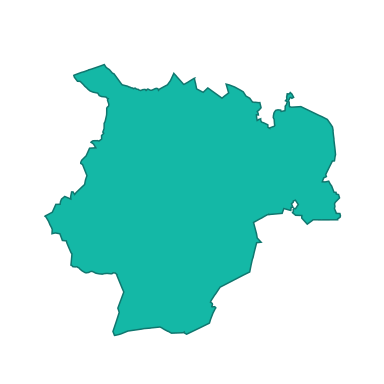 Lauberes pag., Ogre, Latvia, rotated 171°
{"feature_id": "27541924B63076675035337", "entity_name": "Lauberes pag.", "entity_type": "district", "adm_level": 2, "iso_a3": "LVA", "parent_name": "Latvia", "parent_adm1": "Ogre", "projection": "albers", "projection_center": [25.005, 56.837], "detail": "fine", "context": "isolated", "style": "filled", "palette": "teal", "viewbox_px": 384, "rotation_deg": 171, "n_neighbors": 0, "source": "geoboundaries", "source_scale": "gbopen_adm2", "svg_char_len": 5718}
<svg xmlns="http://www.w3.org/2000/svg" viewBox="0 0 384 384"><g transform="rotate(171 192 192)"><path d="M217.5,53.0L203.9,57.1L195.3,59.8L194.6,61.2L193.6,63.3L190.3,69.0L187.2,73.3L186.6,73.8L186.7,74.2L187.6,75.2L190.1,75.4L190.4,75.7L190.1,76.4L189.7,77.0L189.4,77.6L189.4,78.6L189.8,79.2L191.0,80.3L190.4,81.3L189.8,82.1L185.9,86.5L184.5,87.8L181.5,91.1L179.7,93.0L179.4,93.4L179.2,93.6L154.6,101.8L147.5,104.0L145.2,110.3L143.0,115.9L141.9,117.9L140.1,122.5L136.1,131.8L131.6,131.6L134.8,136.4L134.8,140.5L135.7,149.3L135.8,150.3L136.0,152.3L129.5,154.7L127.0,155.5L125.1,156.3L121.3,157.7L120.9,157.8L119.7,157.6L119.7,157.9L119.6,158.0L119.4,157.7L109.2,157.0L106.3,156.8L103.9,161.3L97.3,158.3L96.5,161.3L94.7,161.1L95.6,164.8L93.6,166.1L93.4,167.2L91.2,167.8L89.0,163.0L92.4,159.3L93.7,159.8L93.9,159.7L94.8,158.8L94.9,156.8L96.0,156.0L96.0,155.9L93.3,152.8L87.2,151.6L87.7,149.1L83.2,142.2L78.3,144.7L76.7,145.6L75.9,145.5L68.9,144.3L53.3,141.9L52.5,141.8L52.5,142.3L52.4,142.6L49.7,143.9L49.1,145.2L49.3,147.6L52.7,148.3L52.6,148.5L52.8,148.7L52.9,149.1L53.2,150.5L53.9,153.3L53.7,153.9L53.4,154.7L53.2,155.0L53.1,155.5L53.1,158.0L52.7,158.6L52.0,159.5L47.6,162.8L47.2,163.1L47.7,166.5L49.8,167.4L49.8,169.1L51.8,169.6L53.1,176.0L54.3,178.4L55.3,181.3L58.9,181.1L61.7,181.7L61.5,182.2L59.7,185.3L56.9,186.2L57.0,186.5L57.1,188.5L52.2,195.5L48.5,200.6L46.6,200.4L46.4,200.5L45.2,204.5L44.4,206.4L44.2,209.5L44.0,213.3L43.7,221.2L43.5,222.2L43.5,222.8L43.4,226.3L43.2,230.1L43.1,230.6L43.0,230.8L43.1,234.3L44.4,237.2L47.0,242.5L51.9,246.1L54.7,247.9L71.1,259.3L80.5,260.2L82.3,261.0L82.4,261.3L82.0,265.4L82.3,266.5L82.1,267.9L81.4,268.4L80.8,269.5L79.7,270.0L78.7,268.9L76.8,269.6L77.1,270.5L78.0,273.1L79.4,274.9L80.1,274.1L80.6,273.8L81.4,273.8L82.6,274.1L82.8,273.7L82.5,273.4L82.5,273.1L83.2,272.4L83.3,271.6L83.7,271.1L83.7,270.3L83.7,269.6L83.8,269.2L83.8,268.8L84.2,268.5L84.2,268.4L85.1,267.8L85.4,267.5L84.5,266.9L83.8,266.3L83.8,266.1L84.7,264.4L85.0,263.6L86.5,262.2L86.6,261.7L86.6,261.3L87.4,257.8L90.8,257.6L91.4,257.6L91.6,258.8L91.6,259.0L94.2,259.7L96.2,259.6L96.6,259.5L98.1,258.0L98.5,257.5L98.6,257.2L99.0,256.5L99.0,256.3L99.6,254.8L100.1,252.8L99.5,250.8L99.9,246.1L99.8,244.7L100.5,244.1L105.5,243.1L105.5,242.9L106.9,244.0L106.6,246.5L110.5,249.2L112.4,250.2L112.5,250.5L112.7,251.1L113.0,252.5L112.9,252.9L112.7,253.2L112.7,253.5L112.9,253.4L114.1,253.4L114.7,253.2L116.0,252.5L116.5,252.4L116.5,255.9L116.3,258.2L114.4,257.7L114.4,259.4L115.0,261.3L113.5,262.1L112.4,262.9L110.9,264.1L110.6,264.6L111.0,269.3L111.0,269.7L112.1,269.8L115.7,270.8L115.9,270.7L116.0,270.7L118.2,271.4L120.3,275.6L123.7,278.3L125.7,282.9L128.2,285.0L133.4,289.0L138.2,291.8L141.4,293.2L140.3,284.1L145.0,281.6L147.7,280.0L160.1,292.3L165.4,288.7L171.3,293.1L171.5,298.2L171.5,298.9L171.6,299.0L171.9,303.8L171.7,304.0L171.9,304.0L176.8,302.0L178.8,301.1L183.2,299.5L183.4,299.6L189.2,308.6L189.4,309.0L189.5,309.2L191.3,311.8L191.4,312.0L191.6,311.7L195.7,305.6L196.0,305.2L199.5,301.7L207.5,298.9L209.2,297.7L209.3,298.7L209.3,298.9L209.5,299.2L210.0,299.6L210.7,299.9L211.7,299.9L212.0,299.9L215.8,298.8L217.2,299.0L219.3,300.5L219.7,300.6L220.4,300.3L221.0,299.5L221.5,299.4L221.7,299.7L221.9,300.3L222.4,300.7L224.6,300.8L226.7,300.3L226.9,300.3L227.8,300.7L228.3,300.9L228.9,301.7L229.5,301.9L230.8,302.3L231.4,303.1L231.9,303.5L232.3,303.5L233.8,303.2L234.0,303.4L234.3,304.0L234.8,304.1L235.7,304.4L237.2,305.5L237.7,305.5L238.4,306.0L238.9,306.5L244.2,308.8L245.0,310.1L250.6,321.0L252.0,321.8L254.4,325.7L255.8,327.0L256.3,327.4L257.0,328.3L257.4,328.6L258.7,331.6L262.6,330.8L272.8,329.0L273.1,329.0L275.0,328.8L275.2,328.6L278.9,327.9L279.7,327.7L282.6,327.4L289.4,326.0L290.5,325.7L290.2,323.7L287.8,319.3L285.1,318.7L282.4,315.0L281.4,313.3L279.7,311.3L278.6,309.7L276.9,307.8L274.1,306.1L269.6,304.4L268.5,301.7L266.3,300.4L262.2,299.3L260.9,297.6L260.2,297.3L260.8,296.7L261.0,296.3L261.1,296.1L260.4,291.7L260.8,290.4L261.1,289.7L261.5,289.4L262.2,289.2L262.6,288.7L263.1,288.2L263.9,283.4L264.3,281.5L264.5,280.9L266.8,275.2L267.7,274.0L268.0,273.6L268.9,268.5L269.1,268.0L270.7,265.1L270.2,264.5L270.1,264.2L270.0,263.8L272.5,261.9L272.8,259.8L272.8,259.4L273.0,258.4L275.1,257.3L275.9,256.9L276.2,257.0L277.2,257.5L281.7,258.1L283.5,257.4L284.0,256.9L282.6,255.7L281.8,254.8L281.5,254.2L280.1,250.7L286.3,251.3L286.4,251.2L288.9,247.3L290.9,244.3L291.1,244.1L292.3,243.3L293.4,242.5L296.0,240.6L297.2,238.7L297.4,237.8L297.4,237.6L295.8,236.3L293.2,224.6L295.3,220.6L296.9,216.2L299.6,214.4L306.5,209.6L308.3,207.9L309.5,210.7L310.9,210.9L312.6,206.3L312.8,204.0L318.4,207.5L322.0,205.4L322.1,205.2L323.4,203.0L324.2,200.5L328.4,201.1L333.1,193.9L338.5,192.0L340.6,191.4L341.0,191.1L340.2,190.3L338.3,185.6L337.4,181.9L336.3,178.7L335.9,176.8L336.8,172.7L334.6,172.9L333.2,172.9L329.0,171.4L327.6,164.4L323.8,163.4L323.5,161.0L322.4,156.5L320.9,150.8L320.3,149.8L320.5,148.6L322.3,141.4L323.0,138.7L322.6,138.5L322.2,138.2L321.4,136.9L319.1,136.3L317.6,136.2L317.0,135.9L316.7,135.6L316.6,135.4L315.5,134.7L314.9,133.6L313.1,131.5L310.5,129.3L309.3,128.7L306.5,128.7L305.3,129.2L304.6,129.3L303.5,129.3L302.9,129.1L301.3,128.1L300.1,127.1L299.3,126.7L296.5,125.7L293.4,124.9L291.5,125.1L288.6,124.9L285.2,124.0L284.3,123.8L283.2,124.0L282.6,124.5L281.9,124.4L280.4,123.9L279.0,122.1L279.2,121.7L279.2,121.3L276.0,107.8L275.0,103.9L283.4,88.9L282.7,84.5L287.3,75.4L291.9,66.6L291.0,62.5L290.9,62.4L286.4,62.7L284.3,63.0L277.0,64.7L263.2,64.5L260.8,64.6L254.5,64.1L254.3,64.2L245.7,63.7L244.9,63.7L244.5,63.5L243.3,62.7L240.9,60.6L237.7,58.2L237.4,58.2L234.4,55.8L222.7,54.4L221.8,54.8L221.9,54.3L219.6,52.4L217.5,53.0Z" fill="#14b8a6" stroke="#0f766e" stroke-width="1.5"/></g></svg>